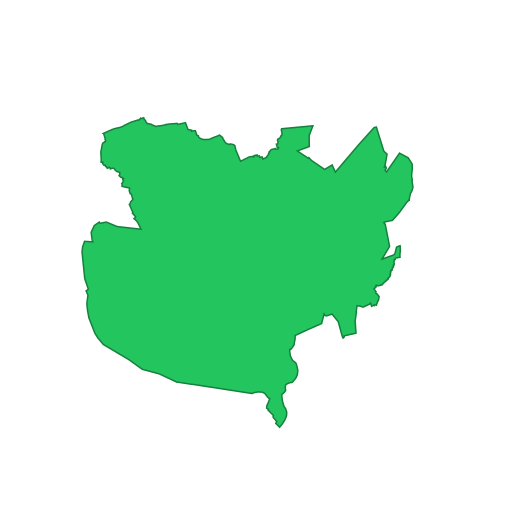 the district of Kota Palembang, Sumatera Selatan, Indonesia, rotated 340°
{"feature_id": "22746128B87825164980488", "entity_name": "Kota Palembang", "entity_type": "district", "adm_level": 2, "iso_a3": "IDN", "parent_name": "Indonesia", "parent_adm1": "Sumatera Selatan", "projection": "orthographic", "projection_center": [104.768, -2.979], "detail": "fine", "context": "isolated", "style": "filled", "palette": "green", "viewbox_px": 512, "rotation_deg": 340, "n_neighbors": 0, "source": "geoboundaries", "source_scale": "gbopen_adm2", "svg_char_len": 6009}
<svg xmlns="http://www.w3.org/2000/svg" viewBox="0 0 512 512"><g transform="rotate(340 256 256)"><path d="M110.4,323.6L124.8,333.7L138.5,347.5L138.9,347.6L151.9,354.7L152.3,354.8L205.3,383.9L208.2,383.8L211.6,384.5L215.1,386.0L216.3,387.1L217.4,388.4L218.7,392.8L219.2,393.7L220.2,394.6L217.9,397.4L214.9,400.5L213.9,402.6L215.2,404.2L214.6,404.9L217.8,411.8L217.1,412.8L217.0,413.7L218.9,418.7L217.3,420.0L219.6,425.0L222.7,423.2L226.6,420.3L228.9,418.0L230.3,416.1L231.2,413.9L231.5,413.0L231.6,409.5L230.9,406.8L231.2,401.9L232.1,397.5L232.6,395.7L233.0,394.9L235.8,393.9L237.7,392.7L238.0,392.0L238.4,390.0L238.9,388.9L239.4,387.7L240.4,387.0L243.5,386.6L245.0,386.8L246.5,387.1L247.2,387.0L251.3,384.6L252.7,383.4L254.0,382.0L255.3,379.7L255.8,380.0L255.3,379.7L256.2,377.7L256.7,374.2L256.9,371.2L256.8,370.0L254.7,366.6L254.3,364.3L254.2,361.5L254.5,359.8L255.2,356.6L255.5,355.8L256.0,355.2L256.9,356.0L256.8,355.9L257.4,355.3L259.3,354.1L261.5,352.4L262.5,350.4L264.4,347.3L265.6,344.1L279.7,342.9L294.6,341.9L300.1,333.8L300.6,335.4L301.3,336.4L301.2,336.4L307.6,336.6L310.8,345.9L309.6,360.3L309.6,362.7L310.0,362.9L310.2,362.6L311.2,362.3L311.5,361.2L323.6,362.7L326.9,351.1L331.3,342.9L331.4,342.1L333.9,337.3L336.5,338.6L339.2,340.7L346.9,340.0L347.5,339.6L347.4,342.8L349.9,342.5L350.1,343.1L351.2,342.5L352.3,343.4L354.4,340.8L354.7,340.6L355.1,340.0L355.8,339.7L357.6,336.7L357.8,336.2L357.3,334.4L356.7,333.0L356.6,332.9L356.0,332.2L356.3,330.9L356.6,330.6L355.9,328.4L355.6,327.1L356.0,326.9L356.8,326.9L357.2,326.2L357.6,326.1L358.1,326.2L358.4,324.9L358.7,324.9L359.0,324.7L359.3,325.1L359.5,324.9L359.7,325.1L359.9,325.5L360.5,325.8L361.4,326.0L361.7,325.8L362.4,326.1L363.4,326.0L363.5,325.9L363.8,325.9L364.0,326.2L364.7,326.2L364.8,325.9L365.4,325.8L365.8,325.6L366.1,325.2L367.0,325.0L367.7,324.6L368.2,324.5L368.9,324.1L369.5,324.1L369.9,323.5L370.3,323.4L370.8,323.5L371.8,323.1L372.0,322.8L372.0,322.5L372.2,322.4L372.5,322.7L372.8,322.4L372.7,322.0L372.8,321.8L373.3,321.6L373.9,321.6L374.6,321.2L375.7,320.1L375.7,319.6L375.9,319.5L375.7,319.1L376.1,318.9L376.0,318.6L376.5,318.2L377.4,316.9L377.1,316.6L377.1,316.4L377.9,315.9L378.2,315.9L378.7,315.5L379.0,315.6L378.9,315.2L379.4,315.2L379.7,314.9L379.8,314.5L380.4,313.8L380.4,313.5L381.0,313.6L381.3,313.4L381.2,313.2L381.8,312.5L381.9,311.7L382.4,311.8L382.7,311.6L383.3,310.7L383.3,309.7L384.6,306.8L384.8,306.7L385.5,307.0L385.7,306.8L386.0,306.2L386.4,305.8L386.9,305.7L390.9,306.5L391.8,303.6L393.1,301.2L393.9,299.2L394.8,296.4L394.9,295.6L391.6,295.6L391.2,295.8L390.9,296.0L387.4,301.2L386.4,301.9L385.5,302.1L373.4,302.0L384.8,292.7L388.3,270.4L387.5,268.4L388.1,268.1L389.8,268.2L396.4,269.2L402.0,266.2L406.0,263.9L416.1,257.1L418.1,256.2L418.3,256.0L418.5,256.2L419.1,256.1L419.5,254.9L422.9,249.6L423.9,249.0L425.0,247.9L427.1,244.9L428.0,240.0L429.1,237.1L429.2,235.6L429.8,233.6L430.4,232.1L432.6,227.8L434.2,223.1L432.6,215.7L426.0,208.4L425.8,208.6L407.3,221.7L406.7,219.3L408.5,218.1L408.5,216.3L407.2,216.3L408.4,214.7L414.0,205.1L412.0,201.2L413.2,176.0L410.9,175.7L390.4,186.6L359.3,204.3L358.7,196.5L350.1,198.1L340.8,185.2L339.3,181.6L338.6,182.1L330.8,171.4L343.5,171.4L347.1,161.1L354.0,153.1L323.7,145.2L323.2,145.5L323.0,146.0L323.0,146.4L322.8,146.7L322.3,150.4L321.8,150.8L321.6,151.1L321.1,151.5L320.7,151.5L320.4,151.7L319.7,152.5L318.8,153.3L316.6,153.6L316.0,154.1L315.7,154.7L315.8,156.3L315.2,157.3L314.5,158.1L313.4,157.9L313.3,159.5L313.1,161.1L314.3,161.9L314.2,162.2L313.4,162.8L312.4,162.9L310.9,162.3L311.0,161.7L306.8,161.2L306.5,161.3L304.9,162.2L304.3,162.8L303.7,162.8L303.5,163.6L302.8,164.4L302.5,164.4L302.3,165.0L299.6,166.6L299.6,166.9L295.7,167.3L295.7,165.0L293.3,164.7L293.5,163.1L291.4,162.6L291.7,161.5L290.0,161.1L289.0,161.1L289.0,161.3L287.6,161.2L287.7,162.0L285.4,160.9L283.3,160.6L274.0,161.7L273.6,158.1L273.8,157.2L273.5,155.5L273.6,154.0L273.4,152.2L273.3,149.2L273.9,145.0L273.3,144.1L272.5,143.3L270.0,141.8L269.1,142.2L266.8,140.2L265.8,138.3L265.6,137.5L265.6,136.5L265.1,135.5L265.2,133.7L264.7,132.4L264.3,131.7L264.0,131.6L263.2,129.9L260.9,130.1L260.3,130.0L259.4,130.2L258.8,130.1L256.3,130.1L251.8,130.4L246.5,128.6L245.9,128.0L245.0,127.6L243.2,125.6L242.8,124.8L243.0,123.3L241.7,122.2L241.9,117.5L239.4,116.8L238.1,116.7L238.5,115.7L235.4,114.0L235.3,106.6L227.6,105.6L227.4,104.5L219.3,102.2L216.5,101.8L216.5,101.6L214.8,101.6L212.6,101.3L205.8,99.8L205.4,99.2L203.2,97.2L202.7,96.4L200.9,95.3L198.9,94.3L199.0,93.5L198.4,92.3L198.5,91.1L198.4,90.6L197.6,89.2L197.9,88.0L197.3,87.5L196.0,87.8L195.7,87.7L194.8,87.0L194.4,87.5L193.0,87.7L192.9,88.1L192.1,88.2L191.6,87.8L191.1,87.8L184.5,87.5L177.4,88.2L174.7,88.7L171.7,88.6L167.3,88.0L164.0,87.9L154.4,88.6L154.8,89.0L154.5,91.1L154.6,92.3L154.4,93.4L154.4,94.3L154.1,94.7L154.2,95.5L153.7,97.0L152.8,96.8L152.1,97.3L150.8,97.4L149.8,98.4L145.7,105.3L143.7,112.0L142.5,114.9L144.1,115.6L143.5,116.6L144.2,118.8L145.4,119.2L145.3,120.5L146.3,121.4L146.1,122.1L146.3,122.8L148.6,122.5L148.9,122.9L148.9,124.4L150.7,124.3L152.0,124.8L152.6,125.2L152.9,126.2L152.9,126.8L153.9,128.8L154.1,128.8L154.8,129.6L155.2,129.8L156.5,130.8L156.4,131.5L155.7,132.7L155.7,133.0L155.2,133.8L154.9,133.8L155.8,135.7L156.1,136.0L156.9,136.3L157.2,137.3L157.5,137.2L158.1,138.0L156.9,138.8L156.9,140.5L154.6,142.1L154.8,142.5L153.9,144.7L157.8,147.3L160.4,148.7L160.1,149.3L160.2,149.5L159.9,150.3L159.6,150.4L159.4,150.6L159.1,152.2L159.2,153.7L159.1,154.4L159.6,154.6L160.0,156.5L159.6,159.7L159.6,160.9L158.1,161.5L157.3,162.1L156.7,162.2L155.9,163.3L155.6,163.5L155.3,164.1L154.6,164.2L155.2,173.3L154.5,173.6L156.4,178.2L156.6,178.2L154.1,179.1L155.4,181.5L156.3,183.9L157.1,191.5L135.7,180.9L126.9,172.9L120.6,171.9L120.3,170.5L114.4,172.1L109.2,177.4L107.5,184.8L107.5,186.9L99.9,183.6L96.2,188.1L93.9,192.7L87.3,218.8L87.1,229.8L84.4,230.7L84.7,235.2L80.7,243.0L79.1,249.4L77.8,256.9L78.2,273.5L79.5,279.4L82.3,287.0L101.0,309.8L110.4,323.6Z" fill="#22c55e" stroke="#15803d" stroke-width="1.5"/></g></svg>